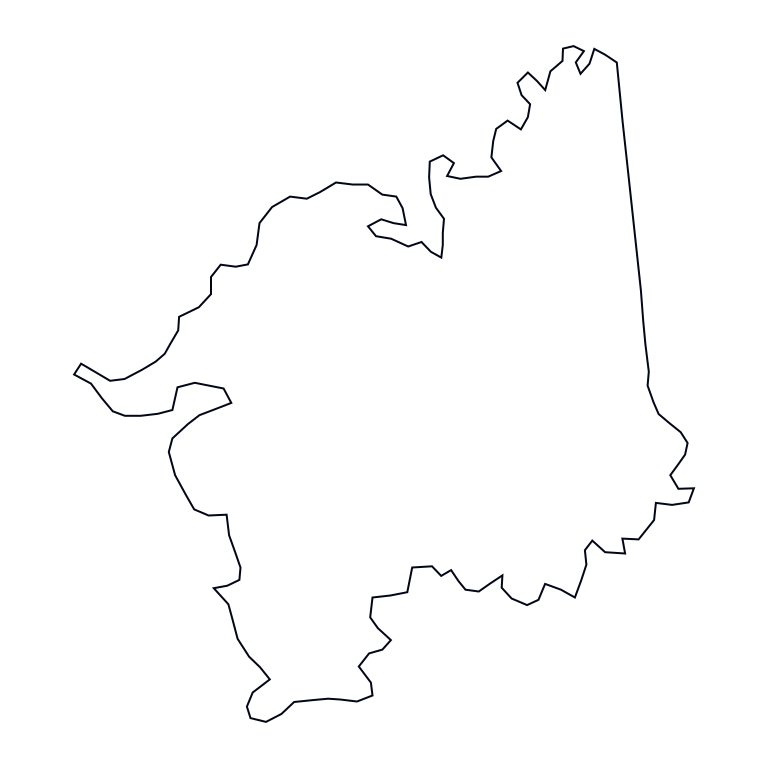 the district of Bandeirante, Santa Catarina, Brazil
{"feature_id": "56859067B94974109827372", "entity_name": "Bandeirante", "entity_type": "district", "adm_level": 2, "iso_a3": "BRA", "parent_name": "Brazil", "parent_adm1": "Santa Catarina", "projection": "orthographic", "projection_center": [-53.655, -26.766], "detail": "fine", "context": "isolated", "style": "outline", "palette": "ink", "viewbox_px": 768, "rotation_deg": 0, "n_neighbors": 0, "source": "geoboundaries", "source_scale": "gbopen_adm2", "svg_char_len": 2230}
<svg xmlns="http://www.w3.org/2000/svg" viewBox="0 0 768 768"><path d="M616.8,62.5L605.1,54.7L594.3,48.9L589.5,63.7L580.5,73.8L575.8,62.4L583.9,51.1L573.6,46.1L563.0,48.6L562.5,60.9L550.4,71.3L545.2,90.1L537.1,81.1L527.9,72.5L517.5,82.8L521.6,95.2L530.1,104.2L527.9,117.1L520.9,129.4L507.6,120.6L496.2,128.9L493.2,141.2L491.4,157.4L501.1,171.0L488.1,176.7L475.9,176.7L460.4,178.8L447.1,176.0L453.9,163.1L443.1,155.3L429.8,161.6L429.1,177.2L430.7,194.1L435.9,207.7L444.0,218.8L442.8,232.9L442.8,245.0L441.3,257.6L430.9,251.8L421.5,242.0L408.2,246.5L391.1,238.7L376.0,236.2L368.0,226.3L381.2,219.3L393.4,223.1L406.0,225.1L402.6,208.2L396.3,196.6L382.3,194.6L367.9,184.5L352.4,184.5L336.0,182.5L320.0,192.1L306.8,198.7L290.1,196.6L272.1,207.0L259.5,223.1L256.6,245.0L247.9,264.4L235.7,266.7L220.7,264.7L211.0,277.0L211.0,294.1L198.9,307.2L179.1,316.8L178.2,330.4L170.5,343.5L164.7,353.8L155.7,361.6L141.8,369.9L124.5,379.0L110.1,380.8L96.1,372.5L81.1,363.7L74.1,374.5L91.0,383.6L102.0,398.4L112.8,411.3L124.9,415.8L140.7,415.8L157.8,413.8L172.4,410.0L177.5,387.3L194.8,382.8L207.4,385.3L223.6,388.5L231.3,402.9L215.1,409.2L199.4,415.2L187.9,424.1L172.4,438.4L168.8,452.0L175.1,475.2L186.1,495.3L194.2,509.4L208.6,515.5L226.6,514.7L229.1,535.3L235.1,552.0L240.5,567.6L239.4,579.9L227.3,585.7L213.8,588.2L228.4,604.3L232.5,619.4L237.6,638.8L249.1,656.7L260.1,667.3L269.8,679.4L252.7,692.5L246.9,706.6L250.5,718.1L266.0,721.9L281.5,713.9L294.1,702.0L313.8,700.0L328.2,698.7L340.1,699.5L357.0,701.5L372.5,695.5L370.9,682.6L358.8,666.5L369.1,653.4L382.4,649.6L390.9,640.1L377.9,628.2L370.2,617.4L372.5,597.5L390.4,595.5L407.3,592.2L412.2,567.5L432.0,566.3L441.2,575.9L451.1,570.1L458.5,581.1L465.5,589.7L478.8,591.5L489.6,583.9L502.4,575.4L501.7,587.7L511.6,598.5L527.1,605.1L538.5,599.8L545.1,583.9L561.0,589.7L574.9,597.5L581.2,580.4L586.4,564.6L584.9,550.2L592.3,540.6L605.1,552.2L625.1,553.5L622.4,538.6L638.6,539.4L654.1,520.0L655.9,502.9L672.1,504.9L688.7,502.4L693.9,488.3L678.4,488.8L670.3,475.2L678.2,464.4L685.1,454.6L687.6,443.0L680.7,432.2L669.0,422.8L658.6,414.0L653.5,402.2L647.6,385.6L648.8,371.7L645.4,344.3L643.2,320.8L640.9,290.4L628.9,179.3L622.6,121.6L616.8,62.5Z" fill="none" stroke="#020617" stroke-width="2"/></svg>